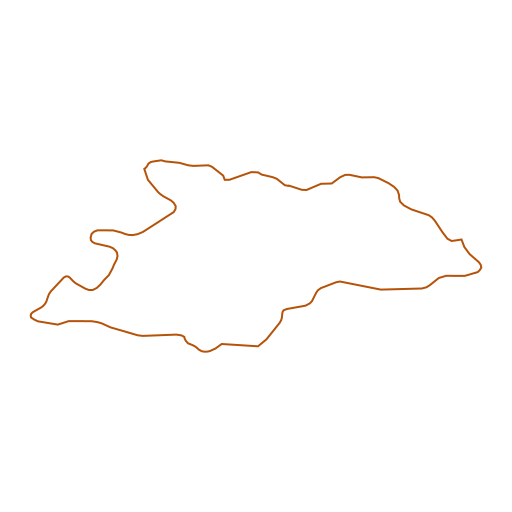 outline of Maramures
{"feature_id": "ROU-298", "entity_name": "Maramures", "entity_type": "County", "adm_level": 1, "iso_a3": "ROU", "parent_name": "Romania", "parent_adm1": "", "projection": "robinson", "projection_center": [23.844, 47.655], "detail": "fine", "context": "isolated", "style": "outline", "palette": "amber", "viewbox_px": 512, "rotation_deg": 0, "n_neighbors": 0, "source": "natural_earth", "source_scale": "10m", "svg_char_len": 2084}
<svg xmlns="http://www.w3.org/2000/svg" viewBox="0 0 512 512"><path d="M161.3,160.3L165.3,161.4L179.3,162.8L188.2,165.3L193.3,165.9L208.4,165.3L212.0,166.8L223.2,175.6L224.7,179.8L229.4,179.8L251.3,172.1L258.1,172.4L261.7,174.6L272.5,177.1L276.8,178.8L284.8,185.2L288.6,185.9L288.9,185.6L301.8,189.8L306.5,190.0L321.0,183.8L331.7,183.5L340.2,177.2L345.2,174.9L349.4,174.8L361.8,177.4L374.1,177.2L378.4,178.1L380.1,179.0L388.6,183.2L394.1,186.9L397.5,190.5L399.0,194.8L399.2,198.4L400.2,201.8L404.0,205.5L411.4,209.4L429.0,215.3L432.2,217.6L434.9,220.8L442.3,232.0L447.4,238.7L451.6,241.0L458.6,240.0L461.5,239.5L464.3,246.9L469.5,254.0L479.0,262.3L480.7,264.8L481.3,267.7L479.6,270.3L477.7,272.1L464.7,275.9L446.1,275.8L438.8,278.0L429.8,285.2L426.4,287.3L421.9,288.5L380.8,289.6L339.9,281.5L336.0,282.3L320.9,288.1L317.9,290.3L316.2,292.7L312.0,301.1L309.8,303.4L305.4,305.7L286.9,309.0L283.8,310.2L282.7,311.7L282.3,313.3L281.9,317.6L281.2,320.1L279.7,322.8L266.4,339.4L258.0,346.3L221.7,344.0L215.5,348.5L210.0,351.0L207.6,351.6L204.4,351.7L201.7,351.2L198.8,349.6L197.0,347.9L195.0,346.4L192.5,345.1L188.0,343.3L186.1,341.2L184.8,339.0L184.3,336.9L181.5,335.4L176.3,334.6L142.8,335.9L137.8,335.3L110.6,327.4L101.8,323.4L97.4,322.1L91.6,321.2L68.8,321.1L57.8,324.6L37.8,321.3L34.1,319.5L31.0,317.4L30.7,315.4L31.3,313.6L33.1,312.0L41.1,307.5L43.2,305.9L44.9,304.0L46.1,302.1L47.0,299.7L47.9,296.9L49.1,293.9L50.9,291.3L63.8,277.5L65.9,276.4L67.8,276.4L69.6,277.4L73.3,281.3L75.7,283.3L85.6,288.8L89.0,290.0L92.7,290.0L96.7,288.0L100.2,284.8L104.1,280.0L108.9,275.1L112.6,268.2L114.0,264.7L116.7,259.5L117.5,256.2L117.0,252.6L115.4,250.4L113.1,248.3L109.6,246.7L94.8,243.3L92.3,241.9L90.9,240.1L90.6,237.7L91.6,233.9L94.1,231.6L97.7,230.3L113.2,230.4L121.6,232.6L125.1,234.0L128.7,234.9L132.5,235.1L137.5,234.2L142.8,232.0L173.7,212.1L175.5,209.1L175.7,206.1L173.6,202.7L170.7,200.3L163.4,196.3L160.4,194.2L158.2,192.2L147.9,179.8L144.3,168.9L145.0,168.4L146.3,167.2L147.4,165.6L148.3,163.8L150.6,162.1L153.1,161.5L161.3,160.3Z" fill="none" stroke="#b45309" stroke-width="2"/></svg>